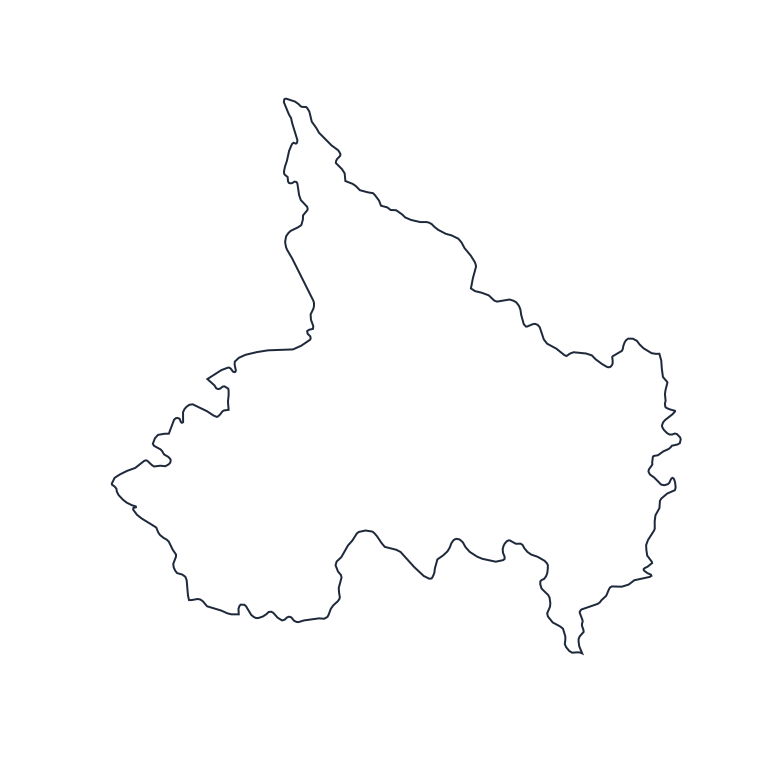 Tra Linh, Cao Bằng, Vietnam (Natural Earth projection), rotated 171°
{"feature_id": "81297802B5716614329371", "entity_name": "Tra Linh", "entity_type": "district", "adm_level": 2, "iso_a3": "VNM", "parent_name": "Vietnam", "parent_adm1": "Cao Bằng", "projection": "natural_earth1", "projection_center": [106.323, 22.803], "detail": "fine", "context": "isolated", "style": "outline", "palette": "slate", "viewbox_px": 768, "rotation_deg": 171, "n_neighbors": 0, "source": "geoboundaries", "source_scale": "gbopen_adm2", "svg_char_len": 6155}
<svg xmlns="http://www.w3.org/2000/svg" viewBox="0 0 768 768"><g transform="rotate(171 384 384)"><path d="M107.3,370.8L110.6,371.2L114.9,372.6L122.1,378.7L125.4,383.1L127.5,387.1L131.1,389.8L135.6,390.6L138.0,389.5L139.7,387.6L141.4,384.7L142.9,380.8L143.9,379.5L153.9,375.6L154.4,374.8L154.5,371.3L154.9,368.8L155.7,367.2L157.5,365.6L159.1,365.3L160.8,365.8L165.4,369.5L171.1,375.3L174.2,379.7L179.6,382.5L191.7,385.7L195.4,385.0L199.4,383.1L201.2,384.2L208.2,391.9L216.6,398.3L219.2,403.1L221.3,415.7L223.0,418.4L225.4,419.8L227.7,419.8L234.0,418.3L234.9,418.6L236.6,421.2L237.7,430.9L237.6,435.9L238.4,439.9L240.6,444.0L243.0,445.9L246.7,447.8L259.5,447.7L262.1,449.2L266.7,455.2L273.5,459.0L279.6,461.5L283.2,464.8L279.6,474.7L274.7,485.6L274.8,488.0L275.2,490.0L278.1,497.0L283.2,505.6L285.3,511.7L287.8,515.8L294.0,520.2L299.5,522.7L306.5,527.9L309.7,531.4L311.9,534.5L314.6,536.5L317.1,537.4L322.7,538.2L331.6,541.8L337.0,545.2L339.6,548.7L344.8,553.7L350.3,554.9L353.1,557.9L359.1,560.6L360.2,565.9L363.2,571.6L365.0,574.2L369.9,575.8L377.5,579.2L381.0,584.1L383.7,586.6L390.4,590.5L389.9,598.2L391.9,602.8L397.0,609.8L396.5,611.6L395.3,613.4L391.6,616.2L391.1,617.7L391.6,619.7L392.7,622.0L398.5,627.9L408.9,642.3L410.7,647.2L414.3,654.4L415.1,664.6L416.5,668.2L417.5,669.7L421.8,670.6L423.0,671.5L424.5,673.7L427.6,676.8L435.9,681.1L437.2,681.1L438.0,680.7L438.8,678.0L435.7,664.9L434.2,661.3L433.9,656.1L431.4,638.5L431.9,636.5L432.6,635.5L433.4,635.2L435.7,636.4L437.1,635.6L438.7,633.3L441.3,629.0L444.9,619.8L447.8,614.2L449.5,609.7L449.7,607.8L449.4,606.4L446.8,603.5L447.1,599.2L446.6,597.6L445.0,596.8L443.3,596.8L440.7,597.9L438.9,597.2L438.2,595.6L438.3,583.9L437.4,578.7L432.2,571.1L432.0,569.1L432.4,567.8L437.6,563.2L438.4,559.1L440.8,553.9L444.4,552.2L452.1,549.9L454.7,548.2L457.5,545.3L459.3,540.4L459.5,538.1L459.3,534.0L458.6,531.4L455.1,522.5L440.7,477.1L440.5,474.8L440.9,472.2L441.9,469.5L445.6,464.2L446.1,459.0L444.8,452.2L445.5,449.6L449.4,449.3L451.6,448.3L451.6,445.6L449.3,442.5L449.4,440.2L450.2,439.2L459.9,434.7L468.5,432.4L493.3,435.4L504.6,435.4L516.2,434.5L523.2,432.6L527.8,429.5L528.5,426.7L528.2,420.5L529.0,419.2L529.8,419.1L531.2,419.8L533.0,423.2L534.5,424.5L535.9,424.5L542.4,423.2L557.7,416.5L551.7,409.2L550.3,405.9L548.5,404.9L546.5,405.1L543.7,406.7L541.9,406.6L538.6,403.8L538.5,401.8L539.2,397.3L540.9,390.9L541.5,382.8L546.1,382.9L547.8,382.3L550.7,379.5L553.1,377.9L554.4,377.7L557.4,379.6L563.2,384.9L576.2,393.9L579.5,393.9L582.6,392.4L585.0,390.4L586.9,387.6L588.4,377.7L589.7,377.3L590.6,378.3L591.3,381.6L593.3,382.8L594.9,382.8L596.9,381.6L604.3,368.6L608.6,369.2L615.2,369.1L618.7,366.3L621.7,361.1L620.8,358.9L615.0,354.4L613.7,352.6L612.3,348.9L608.5,345.8L606.7,343.2L606.7,341.6L607.4,339.8L609.1,338.4L612.8,337.0L617.8,338.3L624.0,338.5L626.1,340.4L629.7,345.1L631.2,345.9L633.0,345.5L642.9,340.0L651.3,338.4L658.7,336.1L664.7,333.5L668.4,328.3L668.4,327.1L666.1,324.9L664.7,322.5L664.7,319.4L663.5,315.8L659.9,310.5L656.6,307.0L652.1,303.8L648.3,301.9L648.3,301.1L651.0,300.7L651.4,299.1L648.4,293.4L644.3,289.0L631.4,277.9L630.2,272.7L628.8,269.8L625.9,266.6L623.0,264.3L621.2,261.9L618.6,253.4L616.1,248.1L616.5,245.9L620.3,239.3L620.4,235.7L619.3,232.0L617.9,229.6L613.0,227.3L610.4,224.7L609.6,221.1L610.7,205.8L610.4,201.1L607.8,200.7L601.6,200.8L599.0,199.8L596.9,197.7L593.5,192.1L580.2,185.7L574.6,182.0L570.5,180.3L563.5,179.2L562.9,184.7L561.6,187.2L560.2,188.5L556.5,187.8L555.1,186.2L551.3,176.8L549.1,174.3L547.1,172.9L544.8,172.5L540.0,173.3L536.1,175.1L533.7,176.8L531.2,176.8L529.2,175.4L525.6,169.8L521.6,166.4L518.9,166.8L516.7,168.4L514.9,169.0L513.5,168.8L512.0,167.9L509.9,164.3L507.7,162.7L505.7,162.2L500.2,163.0L484.8,162.7L479.8,161.5L476.3,162.8L474.9,164.6L471.6,170.4L468.5,173.5L463.8,176.5L461.8,178.5L461.0,180.1L461.0,185.5L460.6,189.7L456.2,199.5L456.4,202.0L458.8,206.1L460.2,212.6L458.5,216.1L453.2,219.7L444.9,230.1L439.8,234.3L434.1,240.7L432.1,241.8L425.2,242.2L418.7,240.1L417.1,238.5L414.7,234.7L411.3,227.3L408.7,223.0L397.9,218.4L393.9,215.5L382.9,198.6L374.8,188.2L369.8,184.6L367.6,184.5L366.8,185.0L365.1,187.4L363.7,189.9L362.6,193.9L358.7,202.4L352.5,205.4L347.6,208.7L344.7,212.1L342.3,216.3L339.6,219.0L337.0,219.8L333.7,218.7L330.9,215.3L329.0,210.1L325.5,204.7L318.9,198.8L314.1,195.9L301.4,191.0L293.9,191.4L292.3,192.3L291.9,194.5L292.9,198.8L292.6,202.4L291.2,205.5L289.7,207.5L287.3,209.5L285.3,210.1L284.1,209.7L278.8,205.6L274.0,204.9L272.3,203.3L271.0,199.7L268.6,195.7L265.3,192.5L259.3,189.3L253.1,184.3L251.1,181.4L250.5,179.4L251.2,175.6L252.4,171.5L254.1,168.6L256.5,166.4L258.8,165.8L260.4,164.7L261.0,162.0L260.4,157.3L254.8,149.8L253.9,147.1L254.0,141.6L254.8,138.2L258.7,132.0L258.5,128.8L254.7,122.1L248.1,117.1L245.5,114.4L244.4,106.3L244.9,103.0L246.1,98.9L245.3,95.6L242.9,91.5L240.3,89.2L234.8,88.7L232.2,88.1L230.4,86.9L232.2,94.5L232.1,99.3L231.6,101.9L230.1,104.2L225.6,107.9L225.5,109.8L226.3,114.5L225.8,116.6L225.0,118.0L224.9,119.8L226.4,127.0L226.4,128.2L225.6,129.3L224.3,130.4L207.3,133.4L204.9,134.6L203.1,136.4L197.6,140.1L193.9,146.1L192.4,147.8L190.5,148.4L180.9,146.6L173.8,147.6L167.5,151.0L151.7,151.9L149.9,152.7L150.3,154.0L153.5,156.1L156.1,158.7L156.6,159.9L156.4,160.7L155.1,161.5L152.3,162.3L147.2,165.2L147.3,166.6L150.9,173.4L150.8,179.5L150.3,183.9L147.6,188.7L140.2,197.0L139.2,198.8L138.1,206.2L136.4,211.9L131.4,218.3L129.7,225.5L128.0,227.5L121.4,231.5L113.4,233.6L112.6,235.0L112.1,236.5L111.9,241.2L112.4,244.7L113.2,245.8L113.9,246.2L115.3,245.3L117.8,241.6L119.5,240.6L123.1,240.2L126.0,241.3L131.8,249.4L135.5,253.0L136.5,256.1L135.8,258.1L131.6,262.4L131.4,264.5L129.8,270.1L129.0,270.7L124.5,270.8L118.8,273.7L113.0,275.3L110.8,276.6L109.4,278.0L103.8,278.3L102.3,278.8L101.0,279.4L99.6,283.0L99.9,285.0L102.6,288.8L104.6,289.6L107.3,289.0L110.0,289.5L112.2,291.3L114.7,294.8L115.8,297.4L116.0,299.4L114.4,302.4L112.1,304.4L103.6,309.1L100.8,311.4L100.8,312.0L106.0,314.4L108.9,316.3L109.7,317.4L109.7,320.4L108.5,323.4L108.1,330.0L106.9,334.0L103.9,340.9L103.9,341.6L107.4,347.3L107.2,355.7L106.5,363.8L107.3,370.8Z" fill="none" stroke="#1e293b" stroke-width="2"/></g></svg>